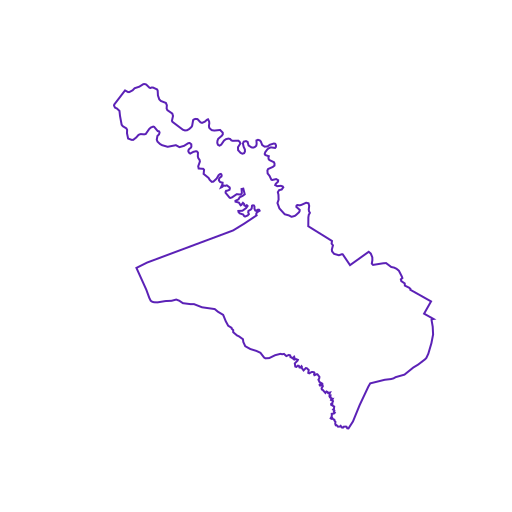 Kandal Stueng, Kândal, Cambodia, rotated 30°
{"feature_id": "14789045B57201426085250", "entity_name": "Kandal Stueng", "entity_type": "district", "adm_level": 2, "iso_a3": "KHM", "parent_name": "Cambodia", "parent_adm1": "Kândal", "projection": "natural_earth1", "projection_center": [104.8, 11.397], "detail": "fine", "context": "isolated", "style": "outline", "palette": "violet", "viewbox_px": 512, "rotation_deg": 30, "n_neighbors": 0, "source": "geoboundaries", "source_scale": "gbopen_adm2", "svg_char_len": 6127}
<svg xmlns="http://www.w3.org/2000/svg" viewBox="0 0 512 512"><g transform="rotate(30 256 256)"><path d="M158.4,326.1L177.8,340.0L184.5,345.6L187.2,347.4L189.1,347.5L190.9,347.0L193.9,345.4L200.1,340.3L205.3,337.0L208.7,333.6L211.9,333.1L216.3,333.4L223.2,330.5L226.3,328.7L234.9,327.4L246.8,322.6L250.9,323.3L257.0,323.4L262.4,327.6L266.8,330.3L270.7,330.4L271.3,331.1L273.3,331.6L274.4,333.4L279.3,334.3L281.3,334.1L286.3,334.6L288.0,336.8L291.8,339.5L297.6,339.4L303.8,338.0L308.2,337.6L313.8,339.9L315.3,339.9L318.5,337.8L322.2,332.3L326.1,328.5L327.8,328.0L329.2,326.8L332.3,327.5L333.9,325.3L335.3,325.0L336.5,326.4L337.4,326.0L338.4,326.3L339.1,325.8L339.4,324.2L340.0,324.6L340.3,326.6L341.1,326.5L342.1,325.3L344.2,325.0L344.3,325.8L343.3,329.6L345.3,332.1L346.4,331.9L347.1,330.0L348.0,329.7L349.4,330.8L350.2,330.5L350.5,328.7L351.1,329.0L351.6,330.1L354.4,331.3L355.2,328.1L356.2,327.8L358.7,328.4L359.7,331.1L360.8,331.0L362.2,328.7L362.9,328.2L364.4,327.7L365.2,328.1L365.5,329.5L366.2,330.0L367.9,327.8L368.6,327.8L371.4,329.0L372.0,330.6L371.9,331.9L374.0,333.4L376.8,333.4L376.5,334.3L375.7,334.8L375.5,335.8L376.3,336.2L378.1,334.5L379.0,335.4L378.9,337.7L379.8,338.7L380.7,338.6L384.6,339.9L384.8,338.1L386.0,338.0L386.9,338.6L388.4,337.2L388.5,338.5L389.0,339.3L389.8,340.1L390.3,339.6L390.7,340.4L390.0,340.9L390.8,341.5L392.5,341.4L392.8,342.6L393.8,341.7L393.8,343.0L394.6,342.7L395.3,343.3L395.5,345.2L396.0,345.8L395.1,346.6L395.5,347.3L399.0,347.3L399.8,349.1L399.6,350.4L400.6,350.3L401.2,350.7L401.3,351.9L402.6,352.3L402.2,353.5L400.5,354.8L401.5,356.4L401.9,358.1L401.8,359.2L402.7,359.3L403.2,358.2L403.9,358.7L405.7,358.6L406.2,359.3L407.7,359.9L408.5,361.7L409.7,362.7L410.3,362.2L412.4,362.8L414.1,361.6L414.3,360.8L416.0,361.6L417.1,361.2L417.2,360.1L418.9,358.9L419.7,358.6L421.2,359.6L422.3,359.1L422.7,350.8L420.3,333.2L418.6,312.9L418.6,309.2L429.4,298.8L434.4,295.1L436.3,293.2L437.5,291.1L443.9,284.5L448.0,273.9L450.7,269.0L454.0,261.1L454.5,259.2L454.1,254.5L451.5,243.8L448.6,235.4L444.4,228.9L439.9,223.5L440.1,222.7L441.2,221.8L430.4,221.9L430.3,207.8L406.6,208.1L406.2,207.3L404.5,206.9L399.7,207.2L398.5,205.4L394.4,205.1L393.1,203.8L393.8,201.9L392.5,200.8L387.1,197.3L384.1,196.8L381.4,197.0L378.6,197.9L372.2,197.1L369.8,198.7L361.8,205.2L360.1,204.7L358.9,201.5L357.4,199.0L354.2,196.5L351.5,196.0L342.0,216.9L330.3,211.2L329.6,211.4L327.4,213.9L322.6,215.1L319.6,214.0L318.5,212.6L317.3,208.3L315.3,207.5L314.3,205.0L286.4,204.1L282.0,196.3L281.1,193.9L281.1,191.7L279.5,190.7L278.4,189.3L277.0,186.0L275.1,184.1L272.8,184.8L269.7,189.1L268.6,190.2L266.3,191.2L265.9,192.1L266.4,193.3L270.8,194.2L271.3,195.2L271.4,196.6L270.2,200.4L269.6,201.8L268.0,203.5L267.1,204.3L264.2,204.4L260.0,205.5L252.5,203.1L248.1,199.4L247.4,195.9L244.8,191.7L243.0,189.8L243.1,187.4L245.0,185.6L245.3,182.9L244.3,182.4L242.4,182.8L239.5,184.9L237.2,185.0L237.0,183.7L237.9,180.6L237.3,179.3L235.0,179.3L232.0,182.1L231.1,182.2L227.6,179.8L224.8,178.7L223.1,176.2L223.0,174.6L226.0,170.5L226.8,168.5L225.9,166.8L224.7,165.8L219.6,166.2L218.3,165.6L217.4,164.2L217.2,163.2L213.6,163.9L212.5,163.3L212.1,161.4L212.5,158.0L213.1,156.5L214.5,154.5L218.5,152.9L218.7,151.6L218.0,150.2L216.6,149.2L215.3,149.6L212.4,152.7L211.2,155.3L208.8,157.0L205.9,156.8L202.9,154.4L201.4,154.0L199.6,154.4L198.6,155.7L200.5,158.6L201.1,160.4L200.4,162.4L199.3,163.6L197.7,164.2L194.3,164.0L191.7,161.4L189.9,161.5L188.2,163.1L188.4,165.1L190.7,167.6L193.1,169.3L194.2,171.1L194.3,172.9L193.1,174.2L191.1,174.4L187.6,173.3L186.0,170.8L186.2,166.3L184.6,165.2L183.0,165.0L178.2,167.9L176.9,168.2L175.1,167.6L173.4,168.1L171.6,169.8L170.6,171.9L170.2,177.0L169.2,178.7L167.4,178.7L165.9,177.4L165.0,175.5L164.7,173.4L166.3,168.8L166.4,167.2L165.5,165.8L161.9,164.8L157.2,168.2L154.9,169.1L153.3,168.9L151.3,168.3L150.1,166.7L149.2,164.4L148.1,162.9L146.1,161.6L145.4,162.6L144.5,165.3L142.7,167.7L141.1,168.0L136.9,166.7L135.1,167.5L134.2,168.4L133.6,169.7L135.6,175.2L135.6,176.5L134.7,179.4L133.4,181.6L131.7,182.8L129.5,183.2L116.6,181.6L115.6,181.0L114.1,176.2L112.3,174.5L106.3,174.0L104.8,172.9L103.4,170.0L101.4,168.5L96.1,169.3L93.9,168.7L90.8,166.0L88.2,162.0L87.1,161.2L82.6,161.6L81.3,162.3L80.6,163.3L79.5,163.5L75.2,162.4L73.7,162.7L72.5,163.5L70.3,167.7L67.0,171.4L66.3,174.2L64.3,177.4L63.3,178.0L59.8,178.1L57.5,195.7L57.8,196.7L59.7,198.0L61.8,197.8L65.2,198.6L68.2,202.7L74.0,209.5L75.7,210.2L79.9,210.3L81.3,211.2L82.9,214.2L86.5,218.2L90.2,217.6L91.6,216.8L93.0,213.3L93.7,209.9L94.4,208.9L95.3,208.0L98.3,206.6L99.5,205.5L100.0,199.5L100.7,197.3L102.3,195.3L103.3,195.1L108.5,197.0L109.4,196.5L110.3,196.9L110.8,197.4L111.2,199.2L110.6,201.3L111.9,204.9L113.5,206.2L116.9,207.0L119.2,207.0L124.9,205.6L131.2,200.1L135.3,200.0L138.6,196.6L140.9,192.2L142.0,191.3L144.1,191.6L145.3,193.5L145.5,194.5L144.6,197.0L144.6,198.1L144.9,199.0L146.2,200.0L147.8,200.2L149.7,197.1L151.7,195.2L152.9,195.0L154.1,195.6L155.8,198.8L157.1,200.1L159.1,201.0L160.2,202.3L161.1,207.2L162.6,208.9L166.7,206.9L167.9,207.3L169.6,211.1L175.9,212.1L177.8,213.2L180.6,213.9L181.9,212.9L183.2,208.6L183.2,204.7L183.8,203.2L184.5,202.5L185.3,202.7L186.1,203.6L186.3,204.5L185.5,206.1L185.5,207.7L186.1,209.1L188.0,209.9L190.4,209.2L191.0,210.4L191.4,214.2L192.3,212.9L192.7,211.2L194.3,210.6L195.4,209.4L198.9,209.8L199.6,210.6L199.9,211.9L198.5,213.8L197.5,214.5L197.6,215.7L198.1,216.5L204.0,218.7L204.7,218.6L205.9,217.3L208.4,212.1L211.7,210.6L212.2,209.8L212.3,208.6L210.0,205.2L211.3,204.0L215.4,208.2L214.3,210.7L212.5,213.3L212.5,215.7L210.6,218.5L211.1,219.2L214.5,218.3L217.4,219.8L217.8,219.1L218.1,216.5L219.7,216.9L220.5,218.0L221.9,218.0L222.6,216.6L223.7,216.9L223.5,219.4L221.6,223.6L218.2,225.8L218.8,226.6L220.5,227.2L224.2,226.5L225.9,227.4L226.8,227.3L228.5,225.1L228.9,223.3L227.4,222.1L226.9,220.7L228.3,218.3L228.5,217.0L227.4,214.4L228.0,213.6L229.0,213.3L230.0,214.0L231.0,215.8L232.6,217.0L233.3,216.9L234.6,214.8L235.6,214.4L236.5,215.0L235.1,217.5L235.0,218.9L235.4,219.9L236.2,220.5L229.6,233.9L223.4,245.3L165.0,316.1L158.4,326.1Z" fill="none" stroke="#5b21b6" stroke-width="2"/></g></svg>